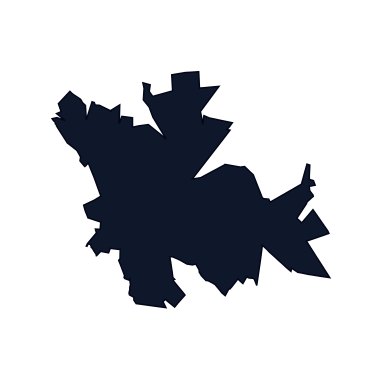 Cuatro Ciénegas, Coahuila, Mexico (Mercator projection), rotated 190°
{"feature_id": "50627088B85021541458724", "entity_name": "Cuatro Ciénegas", "entity_type": "district", "adm_level": 2, "iso_a3": "MEX", "parent_name": "Mexico", "parent_adm1": "Coahuila", "projection": "mercator", "projection_center": [-102.307, 26.665], "detail": "fine", "context": "isolated", "style": "filled", "palette": "ink", "viewbox_px": 384, "rotation_deg": 190, "n_neighbors": 0, "source": "geoboundaries", "source_scale": "gbopen_adm2", "svg_char_len": 3716}
<svg xmlns="http://www.w3.org/2000/svg" viewBox="0 0 384 384"><g transform="rotate(190 192 192)"><path d="M296.4,160.2L293.9,155.0L289.9,148.5L275.6,146.4L276.6,146.4L276.0,139.3L280.7,138.7L278.8,134.6L279.3,134.6L281.0,131.7L283.7,127.0L285.9,123.2L286.3,121.9L286.7,120.4L286.0,120.3L285.3,122.8L283.0,122.8L282.0,121.2L281.8,120.8L281.5,119.8L280.0,119.2L279.7,118.5L279.0,117.7L278.4,116.9L277.0,115.5L275.9,114.5L275.1,112.7L274.7,113.0L271.6,117.7L263.6,117.6L263.1,120.5L262.8,122.3L255.7,122.7L252.7,122.9L251.3,113.6L252.2,112.3L252.3,111.9L250.2,108.6L248.1,105.1L244.0,98.2L244.0,95.9L243.1,95.1L238.9,94.3L238.1,95.4L238.0,94.5L236.5,90.2L236.7,87.5L236.3,85.0L236.5,81.7L235.8,79.9L235.6,79.8L231.1,78.3L231.0,78.0L230.4,75.3L227.6,72.4L225.5,72.5L217.9,72.8L210.0,73.1L200.3,73.5L197.6,73.6L200.3,77.3L200.9,78.0L201.4,78.8L199.8,81.7L194.4,78.6L194.1,78.5L193.8,78.3L189.1,75.7L187.8,78.0L186.4,80.5L184.2,84.1L181.0,89.3L182.9,91.0L186.8,94.3L191.0,97.9L191.1,98.0L194.9,101.3L195.1,101.8L195.2,102.2L193.9,103.0L196.0,104.5L197.6,109.6L199.3,114.6L200.4,118.0L201.6,121.4L202.5,124.1L201.4,124.7L200.4,124.7L199.4,124.7L194.7,123.6L191.8,122.8L184.5,120.2L178.9,120.3L175.7,121.7L171.5,116.6L170.9,114.3L168.2,111.2L162.9,107.3L160.6,107.4L155.8,105.9L155.6,105.8L153.1,104.8L147.9,100.4L145.1,97.9L141.3,95.7L138.9,103.0L137.8,103.1L137.4,103.9L136.6,105.1L131.7,114.4L129.9,113.1L126.0,110.7L123.3,118.2L123.1,118.1L122.4,117.7L121.8,117.4L121.5,117.4L120.9,117.3L120.5,117.3L116.7,117.6L116.0,117.2L115.5,116.9L115.3,116.6L112.0,111.2L112.1,113.3L112.3,119.8L112.5,127.0L112.6,130.5L112.8,136.9L113.1,143.7L113.5,151.8L108.0,148.3L105.5,146.4L100.5,143.3L97.8,141.6L95.1,139.8L92.1,138.0L85.9,134.0L80.8,131.0L80.6,134.2L78.6,133.4L73.9,131.3L69.3,131.3L63.5,131.1L62.5,131.1L59.8,131.2L52.2,131.3L41.5,131.6L51.7,142.7L52.9,144.0L54.1,145.3L58.3,149.8L61.1,152.9L64.4,156.5L70.8,163.5L64.4,167.0L60.4,169.2L57.0,171.1L56.6,171.3L52.7,173.5L51.1,174.4L50.0,175.0L50.4,175.6L50.6,175.9L51.3,176.9L51.4,177.0L51.6,177.3L52.4,178.1L55.2,180.9L69.8,195.6L78.5,180.7L84.2,184.3L77.3,200.3L77.0,202.2L72.1,208.5L71.8,208.7L72.3,210.0L76.2,213.6L77.6,217.9L71.9,220.1L74.4,224.3L78.7,224.8L79.3,228.4L80.7,239.0L83.6,239.4L85.6,218.7L113.2,195.6L115.3,198.3L120.5,197.8L122.0,198.9L129.7,211.4L134.6,219.5L139.5,222.7L144.6,226.2L148.6,224.9L162.3,224.9L164.3,224.9L164.6,224.4L185.9,207.6L190.2,206.1L194.0,204.9L170.1,250.3L165.3,259.5L168.5,259.6L166.4,262.8L165.4,265.0L164.3,267.2L165.1,267.2L176.0,267.5L181.0,267.7L184.4,267.8L187.9,267.9L193.5,269.3L193.5,268.4L193.5,268.0L193.0,260.5L197.7,272.8L195.7,276.8L183.8,300.7L199.6,296.4L201.7,295.9L202.7,295.6L206.3,311.6L213.6,309.8L219.2,308.5L232.3,303.9L229.3,291.1L228.6,288.2L247.3,279.3L251.6,283.6L251.8,290.3L259.3,291.0L257.2,285.8L255.9,274.3L254.4,273.0L253.4,272.1L253.0,271.7L252.8,271.6L249.0,268.3L243.4,258.8L242.3,257.6L241.3,256.4L226.6,239.7L246.7,250.8L255.8,247.9L261.8,245.5L263.5,254.8L274.2,254.3L275.6,246.9L278.3,265.2L285.8,258.5L285.7,257.7L293.7,260.0L298.2,261.3L302.5,260.8L303.7,263.1L306.1,263.5L308.6,244.5L312.0,258.8L315.3,260.9L317.0,263.0L317.8,263.9L320.6,265.2L321.1,265.4L325.8,267.4L326.1,267.6L326.6,267.9L326.9,267.9L329.7,269.9L338.9,255.8L334.8,248.4L339.0,245.7L335.2,243.6L329.2,240.4L337.9,241.8L338.9,241.4L342.5,239.9L340.5,237.9L340.0,237.8L339.4,237.8L338.4,235.7L338.4,235.4L337.9,235.2L337.3,234.7L336.9,233.6L332.5,228.7L330.1,226.1L325.1,220.7L324.1,219.6L323.3,218.7L312.6,213.0L310.6,210.6L307.8,207.1L307.7,203.2L302.7,199.0L302.0,198.5L301.3,199.3L299.2,202.6L290.4,188.5L287.0,182.5L281.0,172.1L286.9,166.9L296.4,160.2Z" fill="#0f172a" stroke="#020617" stroke-width="1.5"/></g></svg>